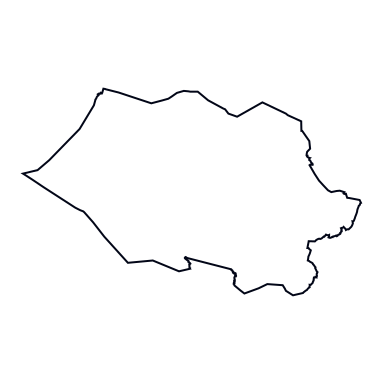 outline of Gausdal nor, Oppland, Norway
{"feature_id": "86288312B33934459205841", "entity_name": "Gausdal nor", "entity_type": "district", "adm_level": 2, "iso_a3": "NOR", "parent_name": "Norway", "parent_adm1": "Oppland", "projection": "mercator", "projection_center": [10.036, 61.264], "detail": "fine", "context": "isolated", "style": "outline", "palette": "ink", "viewbox_px": 384, "rotation_deg": 0, "n_neighbors": 0, "source": "geoboundaries", "source_scale": "gbopen_adm2", "svg_char_len": 5686}
<svg xmlns="http://www.w3.org/2000/svg" viewBox="0 0 384 384"><path d="M225.1,109.3L223.2,108.5L208.1,100.3L197.8,91.7L190.5,91.7L188.2,91.3L183.8,90.9L176.9,92.9L171.6,96.6L168.4,98.7L162.0,100.5L151.3,103.3L118.6,92.5L105.5,89.2L105.2,89.0L103.4,88.7L102.3,92.6L102.2,92.9L102.0,93.2L101.8,92.9L101.7,92.9L100.7,92.7L100.6,93.0L100.6,93.5L100.1,93.6L99.9,93.8L99.5,93.6L98.8,93.6L97.8,94.3L98.5,95.2L97.7,96.0L97.2,96.4L96.6,97.4L96.3,98.3L95.9,99.0L95.4,99.5L95.4,99.9L93.9,105.3L79.6,129.0L64.1,144.9L49.2,160.2L37.6,170.1L23.0,173.6L32.3,179.6L43.6,187.2L75.3,207.7L80.2,210.2L83.3,211.4L84.3,212.3L93.1,222.3L104.3,236.7L127.9,262.8L152.8,260.5L179.0,271.3L189.8,268.8L189.7,268.7L189.7,268.3L189.8,268.2L189.7,268.1L189.8,268.0L189.5,267.8L189.5,267.6L189.5,267.4L189.5,267.2L189.4,266.9L189.5,266.6L189.4,266.2L189.5,265.8L189.4,265.1L189.3,264.9L189.2,264.8L189.3,264.3L189.7,264.2L189.9,263.9L190.3,263.8L190.4,263.7L190.1,263.2L189.8,263.0L188.7,262.1L188.6,261.8L188.7,261.6L188.7,261.3L188.6,261.2L188.3,261.3L188.3,261.1L188.3,260.8L187.6,260.3L187.1,260.1L186.8,259.8L186.2,259.4L185.9,259.1L185.3,258.7L184.9,258.2L185.0,257.9L184.9,257.7L185.4,257.1L185.7,257.0L186.5,257.6L186.9,257.8L187.2,258.0L231.2,269.3L231.3,269.8L231.2,269.8L231.8,270.3L232.1,270.3L232.1,270.6L232.3,270.7L232.5,271.0L233.2,271.5L233.4,271.8L233.6,272.2L233.5,272.5L233.2,272.5L233.1,272.0L233.0,271.9L232.9,272.0L233.0,272.2L232.9,272.5L233.0,272.7L233.3,273.0L233.5,273.1L233.7,273.3L233.8,273.3L234.0,273.5L234.5,273.4L234.8,273.1L235.4,273.1L235.6,273.3L235.7,273.6L235.7,274.0L235.6,273.9L235.5,273.6L235.4,273.4L235.2,273.4L235.1,273.5L235.4,274.0L235.7,274.2L235.9,275.2L236.0,275.4L236.1,276.0L235.9,276.3L235.4,276.1L235.6,275.6L235.5,274.8L235.4,274.5L235.2,274.6L235.1,275.5L235.0,276.1L235.1,276.4L234.8,276.6L234.6,276.9L234.5,277.4L234.3,277.8L234.3,278.1L234.5,278.4L234.6,278.9L234.6,279.6L234.1,280.5L234.1,281.0L234.3,281.3L234.6,280.8L234.8,280.7L234.8,280.8L234.8,281.0L234.7,281.3L234.7,281.6L234.5,281.8L234.5,282.0L234.5,282.4L234.5,282.5L234.5,283.2L234.4,283.2L234.2,282.9L234.3,282.8L234.3,282.4L234.3,282.2L234.1,282.1L233.9,282.4L233.9,282.6L233.8,283.1L234.1,283.0L233.9,283.2L233.8,283.5L233.9,284.0L234.4,285.3L234.5,285.5L240.5,290.5L244.4,293.5L258.6,288.3L267.3,284.1L282.7,285.2L284.9,288.7L285.9,290.8L293.0,295.3L303.0,293.0L303.2,292.7L303.8,292.1L304.4,291.7L305.6,290.7L306.9,290.0L307.9,288.6L308.7,288.0L309.2,287.3L309.6,287.2L309.5,286.4L309.7,285.7L309.8,285.3L309.7,284.8L310.6,284.9L311.0,284.6L311.6,283.8L312.0,283.6L312.2,283.4L312.4,283.3L312.6,282.9L312.8,282.5L312.8,282.2L313.1,281.2L313.6,280.7L313.7,279.9L313.6,279.5L313.8,279.1L313.7,278.8L313.9,277.5L315.0,277.5L315.3,276.8L315.9,276.9L316.2,277.3L316.5,277.4L316.5,276.9L316.8,276.5L316.8,275.8L316.9,275.7L316.9,275.3L316.8,275.1L316.7,274.8L316.7,274.7L316.7,273.8L316.8,273.6L317.0,273.4L317.1,273.2L317.2,272.9L317.5,272.1L317.4,272.0L317.0,271.9L315.7,269.1L315.4,268.5L315.3,268.4L315.2,268.1L315.2,267.8L315.2,267.7L315.2,267.4L315.4,267.2L315.1,266.9L314.5,266.2L314.4,265.8L314.0,265.3L313.9,265.2L313.6,264.8L313.5,264.7L313.3,264.6L312.9,264.1L312.9,263.8L312.6,263.3L312.0,262.8L309.9,261.7L309.1,261.0L307.8,260.5L308.2,258.4L308.4,256.6L309.4,254.5L309.9,253.2L310.8,250.3L310.4,249.9L309.7,249.5L309.5,249.3L309.1,248.9L308.9,248.4L308.5,248.3L308.3,248.0L308.1,248.0L307.4,248.0L307.8,245.9L308.6,241.9L308.7,241.2L314.9,241.4L316.4,239.9L318.3,238.9L319.2,238.7L319.7,238.8L320.1,239.0L321.3,238.6L321.8,238.3L322.4,237.7L323.4,236.9L323.8,236.5L324.3,236.7L324.8,236.1L325.2,235.7L325.5,235.2L326.0,234.6L326.8,235.1L327.5,235.2L328.1,235.1L328.3,235.2L328.5,235.5L329.1,235.1L329.1,235.5L329.0,236.3L328.9,236.6L329.0,236.8L329.0,237.0L328.9,237.4L328.8,237.5L329.6,237.8L330.3,237.7L330.7,237.8L331.6,237.2L332.0,237.1L332.2,236.9L332.5,236.8L332.8,237.0L333.2,236.4L334.2,236.3L335.7,235.8L336.1,235.5L336.8,236.2L337.6,235.7L337.8,235.4L337.8,235.2L338.2,234.8L338.6,234.6L339.0,234.6L339.6,234.1L339.9,234.1L340.3,233.8L340.6,233.0L340.4,232.7L340.7,232.5L341.0,231.9L341.7,231.4L341.8,231.0L341.5,230.3L341.3,230.4L341.3,230.1L341.4,229.9L341.4,229.7L341.6,229.4L341.2,228.6L341.0,228.2L341.7,227.9L342.5,227.8L342.9,227.6L343.3,227.3L343.6,226.9L343.8,227.1L344.0,227.4L345.2,228.6L345.5,229.1L345.8,229.3L345.7,229.5L345.9,230.0L346.9,229.4L347.3,229.3L348.0,229.3L348.3,229.4L348.7,229.3L349.6,228.4L350.9,227.2L351.5,226.5L352.2,225.2L352.8,223.6L352.9,223.3L352.6,222.1L352.6,221.8L352.5,221.3L353.0,221.4L353.5,221.2L354.0,220.4L354.4,219.2L354.7,218.7L355.1,217.2L356.5,213.6L356.9,212.3L357.1,211.8L357.1,211.6L357.1,211.4L357.2,210.9L357.3,210.0L357.5,209.6L357.7,208.7L358.2,207.6L358.5,206.7L358.7,206.3L358.8,205.7L359.5,205.3L359.9,204.7L359.9,204.4L360.2,203.5L360.4,203.2L361.0,202.9L359.6,200.0L349.1,198.0L347.2,197.8L346.2,194.8L346.1,194.2L346.0,193.9L345.7,194.0L345.2,194.1L344.8,193.9L344.5,193.6L344.1,193.8L343.6,193.5L343.5,193.3L343.7,193.1L344.2,193.1L343.9,192.7L344.3,192.6L344.5,192.2L339.8,190.7L336.6,191.0L331.3,192.1L328.0,190.3L323.1,185.1L319.0,180.6L314.7,174.0L310.3,166.4L309.1,164.4L309.3,164.6L309.7,164.8L310.8,164.7L312.6,164.8L312.7,164.3L312.5,164.2L312.2,164.0L312.2,163.4L311.7,163.1L311.4,162.7L311.3,162.8L311.0,162.1L310.8,161.8L310.3,160.7L309.3,160.1L309.4,159.3L309.2,159.1L309.3,158.4L309.8,158.0L309.1,157.8L307.9,157.3L307.5,156.9L307.5,156.1L307.0,156.3L306.7,155.7L307.1,155.5L306.6,154.7L306.8,153.3L307.2,151.7L310.1,148.7L309.3,141.1L302.2,130.9L301.4,130.9L301.2,121.3L287.8,115.2L285.9,113.6L262.4,102.4L237.1,116.7L228.4,113.6L225.1,109.3Z" fill="none" stroke="#020617" stroke-width="2"/></svg>